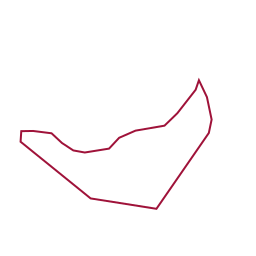 outline of Stonefield, Soufrière, Saint Lucia, rotated 313°
{"feature_id": "8701671B93108958332775", "entity_name": "Stonefield", "entity_type": "district", "adm_level": 2, "iso_a3": "LCA", "parent_name": "Saint Lucia", "parent_adm1": "Soufrière", "projection": "robinson", "projection_center": [-61.059, 13.846], "detail": "fine", "context": "isolated", "style": "outline", "palette": "rose", "viewbox_px": 256, "rotation_deg": 313, "n_neighbors": 0, "source": "geoboundaries", "source_scale": "gbopen_adm2", "svg_char_len": 392}
<svg xmlns="http://www.w3.org/2000/svg" viewBox="0 0 256 256"><g transform="rotate(313 128 128)"><path d="M211.3,147.3L202.1,151.4L172.5,154.0L154.6,153.1L131.2,135.3L114.8,128.2L100.0,128.2L80.6,113.1L74.3,103.3L72.0,90.0L72.0,75.7L61.1,60.6L52.9,52.1L44.7,58.8L51.0,148.7L88.3,203.9L179.5,190.5L191.2,183.4L204.4,164.7L211.3,147.3Z" fill="none" stroke="#9f1239" stroke-width="2"/></g></svg>